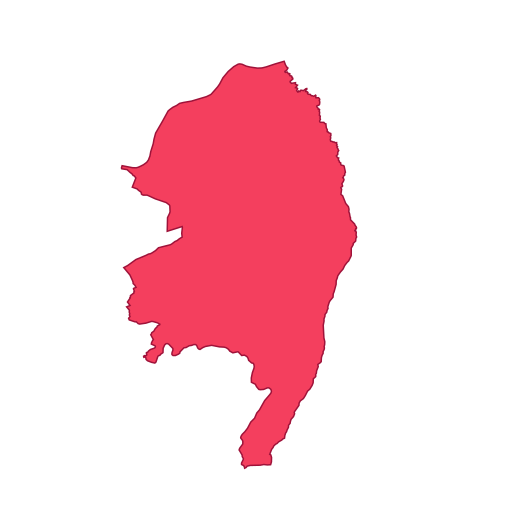 outline of Espinal, Tolima, Colombia, rotated 229°
{"feature_id": "7082276B91766477501685", "entity_name": "Espinal", "entity_type": "district", "adm_level": 2, "iso_a3": "COL", "parent_name": "Colombia", "parent_adm1": "Tolima", "projection": "robinson", "projection_center": [-74.907, 4.169], "detail": "fine", "context": "isolated", "style": "filled", "palette": "rose", "viewbox_px": 512, "rotation_deg": 229, "n_neighbors": 0, "source": "geoboundaries", "source_scale": "gbopen_adm2", "svg_char_len": 6160}
<svg xmlns="http://www.w3.org/2000/svg" viewBox="0 0 512 512"><g transform="rotate(229 256 256)"><path d="M88.9,130.1L90.5,132.6L93.8,135.6L96.2,136.7L97.3,136.2L99.8,140.9L100.3,143.3L101.0,144.8L101.1,147.3L100.7,148.9L100.9,151.1L100.2,154.7L100.3,156.3L99.8,158.0L101.6,160.0L103.0,162.3L103.3,163.7L104.3,165.3L105.4,168.1L106.9,169.5L107.4,172.1L108.1,172.8L109.7,175.2L110.2,178.9L111.6,181.6L112.7,182.1L113.2,182.8L115.1,190.4L116.7,192.0L117.6,194.4L117.3,198.2L118.3,201.6L120.2,206.3L120.2,209.3L121.5,213.4L122.8,215.9L125.7,218.7L125.8,221.8L126.1,222.3L127.5,223.3L127.9,224.6L129.6,226.4L131.7,230.4L133.6,231.5L133.3,234.7L133.5,235.9L136.3,238.6L137.7,240.7L138.5,242.8L139.8,243.9L140.7,246.0L141.7,247.3L142.8,247.9L144.2,249.8L146.2,251.7L149.6,253.5L159.6,261.3L162.3,264.7L163.9,266.0L165.3,268.5L166.6,269.7L167.2,272.6L168.2,273.7L169.2,276.0L170.4,276.7L170.9,277.4L173.1,281.0L173.7,282.7L174.4,287.1L176.8,289.5L177.8,291.5L182.0,297.8L184.8,300.4L186.1,302.9L187.4,304.7L188.5,309.0L189.0,313.0L190.6,316.7L191.4,320.5L191.5,322.7L193.5,327.5L194.0,328.3L199.5,333.1L200.8,336.8L201.7,337.6L201.9,341.0L203.8,343.0L204.3,344.4L206.1,345.2L208.3,347.4L210.3,347.2L210.5,347.5L210.2,348.5L211.2,349.2L211.0,349.9L211.2,350.3L212.4,350.8L214.2,350.9L215.3,351.4L221.3,351.1L223.2,352.6L223.9,352.7L226.8,354.5L228.4,355.0L230.3,356.9L232.6,358.1L236.8,358.2L244.6,360.9L246.8,360.5L250.2,364.4L251.9,364.8L252.1,365.5L251.8,366.5L252.0,367.3L254.2,368.2L255.0,370.9L255.8,372.4L256.6,372.8L258.2,372.9L258.2,373.7L259.0,374.6L258.8,376.0L260.1,377.2L260.5,378.4L266.1,381.5L266.9,381.3L268.6,380.0L269.3,380.0L269.8,380.2L270.6,381.0L272.1,380.5L272.9,381.1L274.3,381.1L275.8,382.7L276.5,382.0L278.8,382.3L279.0,384.3L280.8,385.9L281.3,387.6L282.6,387.8L283.5,388.3L284.7,388.3L285.3,388.9L285.2,389.3L286.7,389.4L287.1,390.4L288.2,390.5L288.7,391.2L289.8,390.0L291.0,389.7L291.4,389.0L292.5,388.6L293.7,387.7L295.2,388.5L296.1,389.9L297.2,390.3L297.8,391.6L299.4,392.8L301.2,391.8L302.2,391.9L302.8,391.3L303.3,391.4L304.5,392.6L306.7,393.2L310.0,395.5L310.8,394.8L312.3,394.9L314.7,392.3L315.6,392.2L316.2,392.6L316.9,394.3L318.0,394.7L319.4,396.3L320.5,396.1L322.9,398.5L323.8,398.6L324.7,400.0L325.5,400.0L325.9,399.3L326.7,399.8L328.1,399.7L329.1,400.0L329.4,400.6L328.6,402.3L328.8,403.5L330.4,405.2L331.9,405.8L332.1,406.6L333.1,407.1L334.5,407.0L336.1,405.0L336.6,405.2L337.7,406.4L338.3,406.5L338.6,404.4L339.8,403.8L340.7,402.9L342.3,403.0L343.8,401.6L344.5,401.4L345.0,401.6L345.2,402.4L345.8,402.5L346.6,402.3L347.6,401.3L348.6,402.8L348.6,404.0L349.1,404.2L349.5,403.4L349.7,400.3L351.7,398.7L351.7,398.0L351.2,397.1L351.5,396.8L352.5,396.5L352.1,395.5L352.3,395.1L354.2,395.2L355.0,397.2L355.8,397.2L357.1,396.3L357.7,399.4L359.7,398.4L360.9,399.5L363.1,396.0L364.9,395.9L365.4,396.3L365.4,400.0L366.5,400.5L367.1,400.1L368.0,400.9L368.9,400.7L369.8,399.9L370.5,400.1L371.3,401.1L371.8,400.9L372.2,400.0L374.3,400.3L375.1,398.8L376.1,398.6L376.4,399.1L376.1,401.1L376.9,403.4L377.5,403.5L378.1,403.1L380.8,403.6L384.5,405.0L388.6,396.0L392.0,387.8L394.0,383.9L396.8,380.4L402.6,375.4L405.7,373.2L409.8,371.3L411.6,369.8L412.5,368.4L413.5,363.4L413.5,356.1L412.2,348.0L409.7,341.5L408.8,338.0L407.5,328.4L407.7,327.1L408.8,323.1L415.2,309.0L419.4,302.1L421.3,298.5L421.7,294.8L422.8,290.7L423.1,286.9L423.1,284.8L419.1,274.0L414.6,260.9L411.1,255.7L408.1,252.0L403.8,245.0L401.0,241.5L399.0,237.7L398.4,234.9L398.7,231.1L399.5,227.8L400.3,225.2L401.2,223.4L403.7,220.7L412.0,214.2L410.7,212.2L409.9,211.9L405.7,215.4L401.6,215.8L399.4,216.3L397.3,216.1L396.3,216.7L393.7,216.5L389.1,207.8L384.6,210.3L382.7,210.4L379.9,211.1L378.9,210.9L378.0,210.2L377.0,210.3L376.0,210.8L373.4,213.7L372.3,214.3L365.2,217.5L355.2,223.3L351.3,224.1L350.3,223.8L345.8,220.2L345.0,219.0L343.0,214.4L332.9,205.2L326.7,219.6L325.8,219.1L321.8,214.8L318.7,212.7L319.3,209.4L319.4,206.5L320.1,204.4L320.4,199.9L320.8,198.5L326.2,187.9L326.0,183.8L326.5,179.9L327.0,177.8L328.0,176.1L328.6,173.6L332.1,163.1L333.0,152.9L334.0,148.6L324.4,148.4L318.9,146.8L317.0,146.1L315.8,145.2L313.5,145.4L311.0,144.9L311.8,142.6L311.7,142.0L309.2,141.1L309.1,140.3L308.2,139.7L308.5,135.3L307.5,134.4L307.4,133.6L306.9,133.5L305.6,128.8L301.3,128.5L302.5,125.0L298.2,124.9L296.8,123.5L295.2,122.8L294.6,121.7L292.9,121.2L292.6,119.0L290.9,118.4L285.5,121.6L285.0,122.5L282.3,122.7L281.0,123.5L277.6,128.8L275.2,134.2L274.1,135.3L270.2,137.8L267.6,138.7L267.3,138.3L267.9,135.6L267.4,134.8L267.3,132.4L266.3,129.6L266.5,127.0L265.8,125.8L265.6,124.9L260.2,123.7L260.2,122.9L259.1,120.3L258.2,119.2L254.7,120.8L253.9,120.8L253.4,120.4L253.1,119.7L253.2,118.7L254.7,115.0L254.8,112.5L254.4,111.0L254.9,110.2L254.8,109.6L253.5,109.1L252.8,108.4L252.9,107.8L254.0,106.5L254.1,105.4L253.1,104.9L252.6,106.1L251.7,106.2L250.0,105.2L248.1,105.4L244.3,107.4L242.0,109.1L241.6,109.4L241.5,110.3L241.6,110.9L244.7,116.2L244.7,117.0L244.1,118.3L244.4,119.6L244.1,122.4L247.3,125.4L248.8,128.7L248.9,130.3L248.2,131.5L246.8,132.3L240.8,132.6L239.5,131.6L238.3,129.4L237.3,128.3L236.7,127.9L235.3,128.1L233.8,129.8L232.8,133.1L232.7,134.8L233.5,135.7L234.0,141.4L232.8,143.2L232.1,146.7L230.8,148.7L230.0,150.9L228.8,152.3L227.5,152.6L224.9,151.7L224.1,151.7L222.9,151.9L222.2,152.5L221.8,155.7L220.9,158.5L217.7,163.9L211.4,168.8L208.1,172.2L206.2,173.4L203.7,174.0L201.4,173.8L198.1,175.0L195.8,179.2L195.2,179.7L190.3,179.9L188.8,182.2L186.1,183.2L184.0,182.9L182.1,182.0L178.2,182.5L176.9,183.5L175.6,183.3L173.8,182.2L172.6,180.8L170.3,176.7L167.0,172.4L163.7,169.7L159.6,171.4L157.1,170.7L153.5,170.6L152.4,171.4L150.3,174.2L149.1,177.9L148.5,178.8L147.6,179.4L145.7,179.7L144.7,179.4L143.6,178.7L142.9,177.7L142.4,175.7L141.2,167.7L137.6,157.7L137.0,153.6L134.5,148.5L134.1,143.1L131.6,136.7L130.7,132.4L130.4,128.5L129.8,126.6L129.1,125.4L128.4,125.0L126.2,124.9L124.8,124.5L122.8,122.7L121.6,117.5L120.7,116.0L115.0,115.0L113.6,114.0L111.3,113.5L110.8,112.9L109.2,109.2L108.1,108.3L105.9,109.2L104.3,108.8L103.3,108.2L102.9,109.7L103.2,111.5L101.7,114.3L95.4,121.9L93.5,125.1L90.9,127.5L88.9,130.1Z" fill="#f43f5e" stroke="#9f1239" stroke-width="1.5"/></g></svg>